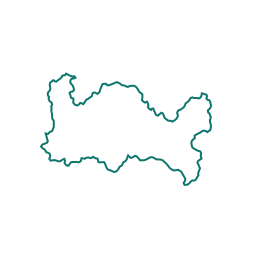 outline of Frei Inocêncio, Minas Gerais, Brazil, rotated 330°
{"feature_id": "56859067B46677455197451", "entity_name": "Frei Inocêncio", "entity_type": "district", "adm_level": 2, "iso_a3": "BRA", "parent_name": "Brazil", "parent_adm1": "Minas Gerais", "projection": "robinson", "projection_center": [-41.872, -18.522], "detail": "fine", "context": "isolated", "style": "outline", "palette": "teal", "viewbox_px": 256, "rotation_deg": 330, "n_neighbors": 0, "source": "geoboundaries", "source_scale": "gbopen_adm2", "svg_char_len": 3951}
<svg xmlns="http://www.w3.org/2000/svg" viewBox="0 0 256 256"><g transform="rotate(330 128 128)"><path d="M101.6,50.0L100.1,50.8L98.5,50.2L97.2,49.8L96.0,50.8L94.1,51.3L91.3,51.6L89.1,52.0L88.0,51.0L87.2,49.2L85.0,49.6L83.1,49.9L81.8,51.4L81.2,53.2L80.5,55.1L78.8,56.5L76.8,57.1L75.5,58.3L74.9,60.0L75.2,61.6L73.8,63.0L73.5,65.3L74.5,67.8L74.1,69.6L72.2,71.1L71.5,73.1L70.3,74.4L69.6,76.8L68.4,79.5L67.1,81.9L67.3,84.4L66.4,86.4L65.1,88.4L64.3,90.0L62.4,91.4L60.8,92.7L59.4,92.5L57.8,92.5L55.7,93.1L53.9,91.6L53.3,94.3L52.5,96.7L52.1,99.2L50.6,100.2L48.9,100.1L47.2,99.8L45.5,99.5L43.4,100.6L43.9,102.7L45.0,104.8L45.2,106.4L45.2,108.3L46.4,109.4L47.2,110.8L46.9,112.9L46.0,114.1L44.4,115.3L44.6,117.5L46.6,118.3L48.5,119.2L50.1,120.9L51.6,122.5L53.1,122.9L55.2,122.6L57.5,122.9L56.9,125.2L55.6,126.4L55.7,128.4L56.6,130.4L58.0,130.8L59.4,130.0L61.7,129.2L63.5,129.9L64.9,130.9L66.7,131.8L68.0,133.0L69.5,133.2L70.9,132.9L72.6,130.9L73.8,131.8L75.2,133.0L77.1,132.9L79.2,133.9L80.9,135.7L83.4,135.5L84.6,137.9L86.3,139.3L85.9,141.0L85.3,142.7L86.4,143.7L88.5,144.6L90.3,145.7L90.2,148.2L89.7,150.6L89.6,152.5L90.0,154.3L91.7,156.0L93.1,158.0L94.1,159.2L95.5,159.7L97.6,159.4L99.5,158.5L101.1,157.5L102.8,157.3L104.2,157.4L105.5,156.2L106.7,155.4L109.0,155.4L110.5,154.9L112.0,154.0L113.1,152.8L114.4,151.8L114.9,153.6L115.6,155.4L117.6,155.8L120.0,155.5L121.3,156.8L121.8,158.9L122.4,162.0L124.3,163.2L126.0,164.0L128.2,164.4L129.9,164.5L131.4,164.4L132.9,164.6L134.4,165.4L135.6,167.0L136.8,169.2L138.5,170.4L139.9,171.2L141.1,172.3L142.0,173.7L142.5,175.4L143.2,177.4L143.6,179.4L143.9,181.0L144.0,183.0L145.0,185.6L146.4,187.6L148.5,188.6L150.4,189.2L151.3,190.6L152.1,192.1L152.3,193.7L152.2,195.9L152.3,197.9L152.2,200.9L150.7,202.4L148.7,203.4L148.5,205.4L149.8,206.2L151.1,206.8L153.0,206.6L155.1,205.9L157.3,205.5L159.2,206.7L160.9,206.6L162.1,205.9L163.5,205.1L165.3,204.3L165.8,202.7L167.1,201.4L168.4,200.3L170.2,198.9L170.6,195.7L170.8,192.7L172.5,191.5L174.6,191.4L176.4,191.3L176.7,189.5L177.6,187.7L178.8,186.3L178.8,184.2L177.3,182.8L176.0,180.9L174.9,179.1L174.0,176.9L174.7,174.2L175.6,172.3L177.0,171.0L178.7,170.5L180.8,170.2L181.8,168.0L183.7,167.8L186.1,167.9L188.5,168.1L190.2,167.8L191.9,167.9L193.8,169.4L194.7,171.3L196.1,171.0L198.0,171.0L200.0,169.1L201.4,166.6L201.9,164.1L202.9,162.1L204.1,161.1L205.2,160.0L205.4,158.0L205.9,156.1L205.2,154.8L205.9,152.7L207.8,152.3L209.8,151.5L211.3,149.7L211.7,147.9L212.5,146.0L212.1,144.4L211.0,143.4L210.6,141.6L212.3,140.0L212.6,138.4L211.4,137.1L210.3,136.0L209.3,134.9L207.8,136.7L206.0,137.8L204.3,137.9L202.8,136.6L201.2,135.6L200.0,134.9L199.0,133.6L196.7,133.5L194.7,134.8L192.4,135.3L190.2,135.5L188.8,136.7L187.1,137.8L185.4,138.1L183.8,138.3L182.3,138.3L180.6,137.9L178.9,138.7L177.9,139.9L177.6,142.1L176.2,143.3L174.9,144.1L173.1,144.5L171.1,144.7L169.6,144.6L168.8,143.2L167.3,142.4L166.3,141.4L165.7,139.9L164.7,137.5L165.3,134.6L165.4,132.6L164.4,131.4L162.5,131.8L160.0,132.3L158.7,130.1L159.2,127.5L159.2,125.8L159.7,123.8L158.3,123.2L157.0,123.9L155.9,121.9L155.8,119.6L157.1,118.5L157.5,116.6L157.6,114.7L155.4,114.5L154.6,113.1L154.0,110.9L155.5,109.0L156.7,107.2L157.3,105.6L156.5,104.1L155.8,102.3L155.9,99.9L155.6,96.9L154.7,94.7L152.8,93.5L150.5,92.6L148.3,92.3L146.8,90.5L145.6,88.9L144.1,87.8L143.2,85.4L141.6,83.0L140.0,82.4L137.8,82.2L135.7,81.9L133.4,81.6L131.4,80.7L131.0,78.6L129.6,77.9L128.1,77.2L126.6,78.1L125.2,79.3L123.6,80.3L122.7,81.5L121.0,82.7L118.7,83.2L117.7,81.7L116.7,80.5L115.3,80.0L114.0,80.8L112.5,82.5L110.3,82.5L107.9,82.8L106.1,82.6L104.5,83.4L102.6,84.4L101.2,85.0L100.3,83.5L99.1,82.4L97.5,83.0L95.4,83.2L93.8,81.5L93.2,78.7L94.6,76.7L95.4,75.1L93.8,73.6L94.2,71.8L94.7,70.0L94.9,68.4L96.6,68.0L98.2,68.8L100.3,68.1L101.1,65.6L101.3,63.1L100.8,61.2L100.9,59.2L102.6,57.5L104.4,57.3L106.0,58.1L107.6,58.2L107.4,56.4L105.9,55.7L104.6,54.7L103.5,53.0L102.6,51.5L101.6,50.0Z" fill="none" stroke="#0f766e" stroke-width="2"/></g></svg>